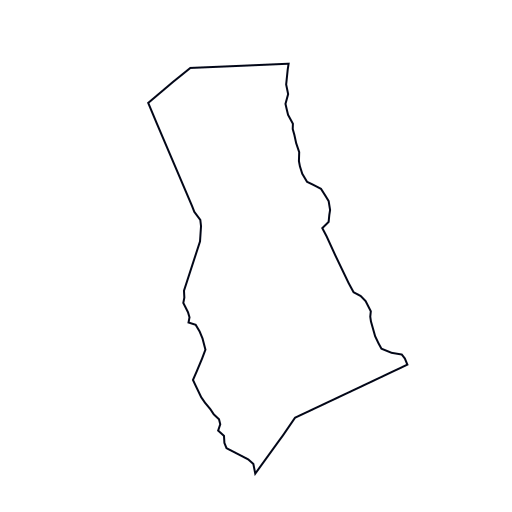 Estrela de Alagoas, Alagoas, Brazil, rotated 336°
{"feature_id": "56859067B1490416965052", "entity_name": "Estrela de Alagoas", "entity_type": "district", "adm_level": 2, "iso_a3": "BRA", "parent_name": "Brazil", "parent_adm1": "Alagoas", "projection": "robinson", "projection_center": [-36.768, -9.389], "detail": "fine", "context": "isolated", "style": "outline", "palette": "ink", "viewbox_px": 512, "rotation_deg": 336, "n_neighbors": 0, "source": "geoboundaries", "source_scale": "gbopen_adm2", "svg_char_len": 1166}
<svg xmlns="http://www.w3.org/2000/svg" viewBox="0 0 512 512"><g transform="rotate(336 256 256)"><path d="M219.8,72.3L219.3,94.2L217.9,184.4L217.6,190.6L219.8,200.4L217.9,206.4L210.8,219.9L176.1,258.4L173.6,264.9L170.5,269.3L171.0,279.8L170.3,285.0L167.3,289.3L172.9,294.3L173.8,302.0L173.6,309.6L171.7,321.0L165.0,327.8L154.8,337.4L148.0,343.6L148.1,348.7L148.5,362.7L149.7,369.2L152.0,377.4L153.0,383.5L155.8,390.1L154.9,395.2L150.4,400.1L153.6,407.3L151.1,413.9L150.9,419.6L166.2,438.7L169.0,444.9L166.8,454.5L202.3,433.9L207.4,431.0L225.9,419.6L280.8,418.4L316.2,417.6L328.7,417.3L350.1,416.8L350.3,410.2L349.1,405.3L340.5,399.6L332.9,391.7L332.4,385.6L332.2,377.7L334.4,362.5L335.7,357.9L338.4,353.2L337.8,341.8L335.4,335.2L330.4,328.8L329.6,318.5L328.7,287.2L328.5,266.8L327.9,257.5L336.2,254.4L339.8,248.1L342.4,244.1L344.7,235.4L344.0,229.9L342.7,221.1L336.8,213.7L332.8,209.0L331.7,199.7L332.6,191.9L333.8,186.8L337.7,178.7L338.6,169.2L340.3,161.0L341.2,154.9L343.5,150.2L342.7,140.1L343.8,134.1L344.8,129.0L351.2,121.2L353.3,111.6L360.9,98.4L364.0,93.6L319.3,76.0L272.5,57.5L251.4,63.1L219.8,72.3Z" fill="none" stroke="#020617" stroke-width="2"/></g></svg>